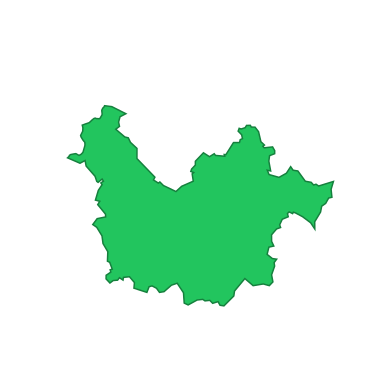 outline of Kumanovo, Staro Nagoričane, North Macedonia, rotated 324°
{"feature_id": "65306769B55307449205038", "entity_name": "Kumanovo", "entity_type": "district", "adm_level": 2, "iso_a3": "MKD", "parent_name": "North Macedonia", "parent_adm1": "Staro Nagoričane", "projection": "equal_earth", "projection_center": [21.797, 42.114], "detail": "fine", "context": "isolated", "style": "filled", "palette": "green", "viewbox_px": 384, "rotation_deg": 324, "n_neighbors": 0, "source": "geoboundaries", "source_scale": "gbopen_adm2", "svg_char_len": 2528}
<svg xmlns="http://www.w3.org/2000/svg" viewBox="0 0 384 384"><g transform="rotate(324 192 192)"><path d="M312.6,266.6L298.0,261.6L296.9,258.6L294.5,257.8L294.1,254.2L290.0,249.9L290.0,237.2L286.6,233.8L286.7,229.5L279.4,232.3L271.0,231.3L264.6,223.2L265.7,218.6L268.0,221.2L272.3,212.2L276.1,208.2L281.4,209.6L283.2,207.2L283.7,202.9L276.4,198.7L276.2,196.6L278.2,196.6L277.3,191.8L281.3,182.3L281.1,176.6L278.1,174.3L278.4,172.4L275.3,170.2L272.8,171.2L268.8,169.9L267.6,168.2L265.1,169.9L265.8,174.9L264.2,178.5L261.8,178.0L259.5,179.9L254.6,176.4L241.4,181.7L240.1,180.6L239.5,182.3L232.5,176.2L232.5,174.1L226.9,173.7L224.3,167.0L212.8,169.1L210.5,172.2L205.2,173.2L203.1,174.7L204.8,177.2L202.8,177.4L199.4,184.0L187.0,181.3L179.3,182.2L172.7,170.0L171.9,165.0L170.0,165.0L167.9,159.6L170.7,158.2L167.1,132.6L173.1,124.4L171.4,115.7L172.3,110.7L170.0,108.0L167.2,96.4L171.9,96.3L173.7,92.3L178.0,88.8L184.5,89.8L177.3,75.8L172.0,70.8L170.7,71.5L169.1,71.7L167.1,72.8L166.5,73.7L165.4,75.7L164.7,76.6L163.0,77.4L160.6,78.4L159.8,78.0L158.8,77.2L157.7,76.3L157.3,75.5L156.6,75.1L155.9,74.9L153.2,75.0L152.7,75.1L149.6,75.5L145.4,74.2L142.5,73.4L141.5,75.9L139.3,78.6L135.1,80.8L134.6,82.3L134.3,86.0L134.5,88.8L133.3,90.7L132.5,91.6L131.6,92.3L127.1,95.8L124.7,96.3L122.1,96.0L120.6,92.7L118.9,91.8L115.9,90.4L114.3,90.3L113.7,90.9L111.4,91.2L118.3,102.9L124.0,103.7L121.6,108.8L122.8,122.3L121.2,127.4L121.7,129.0L126.9,128.7L126.7,131.2L123.6,131.1L123.6,133.2L117.2,135.6L109.1,141.8L111.9,145.3L108.3,146.8L109.0,159.0L107.5,161.4L99.6,157.8L92.6,160.0L94.2,164.6L93.4,174.6L89.7,181.4L88.8,190.8L82.9,198.3L84.1,200.5L82.1,207.6L80.1,206.8L79.2,209.1L73.6,208.9L71.4,211.8L72.1,217.4L76.2,217.3L80.0,219.6L82.9,218.7L84.4,222.7L86.4,220.8L91.6,223.8L92.2,231.4L88.5,235.7L96.5,246.7L101.6,243.4L104.5,244.5L106.7,249.0L106.7,254.1L110.8,256.2L120.6,255.3L126.4,257.1L125.9,268.5L120.4,277.3L122.5,281.1L132.7,282.4L137.6,285.2L138.5,287.7L142.7,290.1L143.3,294.2L148.6,296.0L148.1,300.1L150.9,302.9L164.7,300.7L168.2,297.1L183.9,293.1L186.4,303.7L195.6,308.3L199.5,313.2L204.6,312.3L207.7,305.8L215.3,300.5L216.9,297.4L221.0,296.1L217.9,293.1L216.1,286.6L221.8,281.8L226.4,283.8L227.4,278.7L231.2,273.4L238.7,271.6L242.8,272.8L243.6,270.1L249.0,267.1L255.3,268.6L256.6,265.5L258.9,265.2L260.7,268.6L262.1,267.9L263.3,269.5L266.9,276.9L269.9,286.6L269.6,294.1L273.8,288.2L284.2,283.8L288.6,279.7L293.4,279.8L299.0,277.2L302.1,278.5L306.1,271.6L312.6,266.6Z" fill="#22c55e" stroke="#15803d" stroke-width="1.5"/></g></svg>